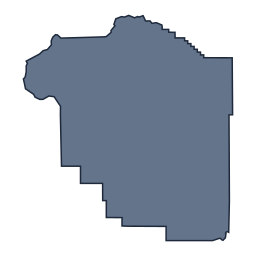 outline of Madison, Montana, United States of America
{"feature_id": "52423323B46649756704287", "entity_name": "Madison", "entity_type": "district", "adm_level": 2, "iso_a3": "USA", "parent_name": "United States of America", "parent_adm1": "Montana", "projection": "natural_earth1", "projection_center": [-111.999, 45.284], "detail": "fine", "context": "isolated", "style": "filled", "palette": "slate", "viewbox_px": 256, "rotation_deg": 0, "n_neighbors": 0, "source": "geoboundaries", "source_scale": "gbopen_adm2", "svg_char_len": 1145}
<svg xmlns="http://www.w3.org/2000/svg" viewBox="0 0 256 256"><path d="M212.6,240.6L219.2,238.4L220.6,238.4L221.4,239.6L223.0,240.3L225.4,237.8L226.0,233.6L225.5,233.2L226.1,232.1L227.5,231.6L228.7,232.3L229.4,200.8L229.0,114.8L232.6,114.8L232.2,57.8L203.7,57.7L203.7,54.9L200.5,54.9L200.5,52.1L197.3,52.1L197.3,49.3L194.1,49.3L194.1,46.4L190.9,46.4L190.9,43.6L187.7,43.6L187.7,40.8L184.6,40.8L184.6,37.9L175.1,37.9L175.0,32.3L168.7,32.2L168.7,29.4L162.2,29.4L162.2,27.2L161.9,25.0L156.4,22.7L151.9,23.3L150.0,20.9L145.6,21.0L143.1,15.7L138.8,17.1L137.6,16.5L134.6,17.8L128.7,15.4L124.5,17.1L121.5,16.6L115.8,18.8L113.9,24.4L114.9,25.8L111.0,30.5L111.1,32.4L106.2,36.6L102.9,36.9L61.0,38.1L57.4,34.9L55.4,34.7L52.7,37.3L51.2,41.0L51.4,44.9L47.4,49.5L43.1,50.7L39.6,54.0L26.2,61.1L27.4,63.5L26.2,65.8L26.2,72.0L25.1,77.2L23.4,79.0L24.3,82.9L25.5,88.8L33.6,94.3L35.1,97.2L39.8,99.4L43.1,99.3L48.9,96.0L54.1,96.7L60.5,106.3L60.4,114.9L61.5,166.2L80.5,166.2L80.5,183.4L102.6,183.4L102.7,200.6L106.3,200.6L106.3,217.5L122.0,217.6L122.0,226.0L128.3,226.2L166.1,226.4L166.1,240.6L212.6,240.6Z" fill="#64748b" stroke="#1e293b" stroke-width="1.5"/></svg>